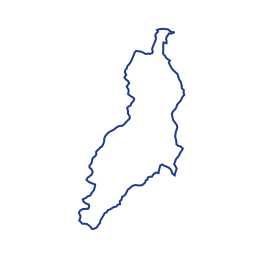 Cachoeira Paulista, São Paulo, Brazil (Mercator projection), rotated 57°
{"feature_id": "56859067B53695933502393", "entity_name": "Cachoeira Paulista", "entity_type": "district", "adm_level": 2, "iso_a3": "BRA", "parent_name": "Brazil", "parent_adm1": "São Paulo", "projection": "mercator", "projection_center": [-44.996, -22.71], "detail": "fine", "context": "isolated", "style": "outline", "palette": "blue", "viewbox_px": 256, "rotation_deg": 57, "n_neighbors": 0, "source": "geoboundaries", "source_scale": "gbopen_adm2", "svg_char_len": 2888}
<svg xmlns="http://www.w3.org/2000/svg" viewBox="0 0 256 256"><g transform="rotate(57 128 128)"><path d="M175.1,93.2L172.3,93.9L170.3,95.6L168.2,96.3L166.6,95.3L164.2,94.2L161.1,93.2L158.6,91.3L156.8,89.3L155.6,87.9L154.6,86.4L152.4,85.5L149.2,85.6L146.1,85.8L143.1,84.8L139.9,83.5L138.6,81.3L138.0,78.3L136.9,76.0L135.1,74.1L134.4,71.2L133.8,69.2L132.9,67.5L131.4,65.0L130.9,62.8L128.4,62.0L126.8,60.6L124.0,61.2L121.4,59.7L119.4,59.1L117.7,58.6L115.7,58.7L113.8,58.3L111.7,57.7L109.9,57.1L106.8,57.9L105.0,58.4L103.2,58.7L100.4,58.8L97.2,58.4L95.4,58.1L94.2,56.1L92.2,57.1L90.3,57.8L88.3,57.6L84.7,58.1L80.8,55.3L78.1,53.7L75.6,51.7L77.8,49.5L76.3,48.4L74.4,47.7L72.8,46.4L72.2,44.6L71.0,42.2L72.2,40.6L73.2,36.8L71.3,39.0L69.6,40.0L67.0,40.8L65.9,42.2L64.5,43.7L63.4,45.6L62.2,47.8L61.6,50.3L63.6,50.4L64.1,53.1L65.8,55.2L67.5,55.2L69.1,56.7L70.5,58.7L72.2,61.2L73.8,63.5L75.2,65.0L77.2,65.5L78.4,66.8L77.9,68.9L76.4,71.1L75.2,73.2L73.4,74.0L71.1,75.4L69.1,77.7L67.8,79.3L68.2,81.1L72.6,87.3L73.8,89.5L74.8,91.1L75.4,93.5L76.0,95.2L77.3,96.5L78.0,98.8L79.4,100.2L82.5,100.6L83.5,103.4L85.9,103.4L88.4,102.4L91.1,102.6L91.7,104.4L92.5,106.5L96.2,106.7L97.7,107.6L99.5,109.4L102.9,108.4L104.5,107.4L107.1,106.9L108.3,108.6L109.2,111.9L110.6,113.8L110.2,116.1L110.9,118.0L113.4,118.5L115.8,120.1L117.5,120.2L119.3,120.3L120.9,121.3L121.5,124.0L122.1,126.6L122.7,128.6L123.1,131.5L121.8,133.6L121.2,136.6L121.6,140.3L121.5,142.6L121.2,145.0L121.2,147.1L121.6,149.0L122.3,151.1L123.9,153.7L126.0,155.0L127.9,157.4L129.4,159.9L129.1,161.9L129.8,163.5L130.5,167.6L133.0,169.1L133.8,171.0L133.8,172.8L134.7,175.0L136.5,176.4L138.0,178.6L138.5,180.7L140.1,181.8L142.5,181.2L145.0,181.3L146.5,182.5L147.4,184.3L147.6,186.9L147.7,188.9L148.9,191.1L152.2,190.1L153.7,189.1L157.5,186.3L159.8,188.4L161.7,190.7L162.7,193.8L164.0,196.1L163.5,199.1L163.7,201.5L163.2,204.8L165.5,205.4L168.0,204.6L170.8,202.6L172.6,203.2L174.1,205.3L172.8,207.5L171.4,210.1L171.1,213.1L172.2,215.1L173.9,215.7L175.8,215.7L177.8,217.3L178.8,219.2L183.3,218.5L185.0,216.0L186.5,214.6L188.7,213.7L190.7,213.2L193.0,213.2L194.0,211.7L194.4,208.3L193.1,205.6L192.3,203.1L190.5,201.4L189.5,199.4L188.1,196.4L186.8,194.2L187.0,191.7L185.9,189.8L186.5,187.5L186.5,185.5L186.5,183.4L187.5,180.7L186.8,178.2L187.6,176.1L186.0,175.5L184.7,174.3L184.7,172.5L182.6,170.7L182.6,167.1L181.1,164.2L179.6,161.8L179.5,159.4L178.9,155.7L179.9,152.8L182.0,150.4L183.5,147.6L183.4,145.1L183.1,143.3L181.6,141.7L181.9,139.8L180.3,138.5L180.7,136.3L181.9,134.5L180.8,132.2L180.5,128.8L182.5,127.0L180.5,125.2L178.7,123.2L177.1,121.5L177.2,119.2L178.8,118.5L180.3,117.5L181.8,116.4L184.5,115.0L186.6,114.8L188.8,115.1L190.4,115.7L193.1,114.6L191.5,113.0L189.9,111.0L188.6,109.3L185.9,109.0L183.5,109.0L181.1,105.9L180.1,104.4L179.6,102.4L178.8,100.1L177.3,97.9L176.1,95.0L175.1,93.2Z" fill="none" stroke="#1e3a8a" stroke-width="2"/></g></svg>